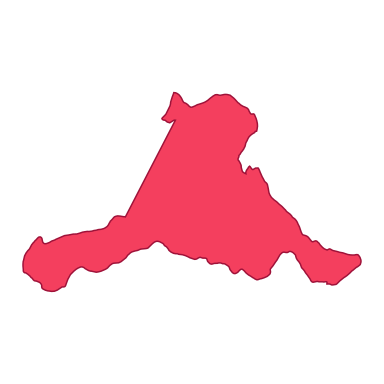 the district of Melgaço, Pará, Brazil
{"feature_id": "56859067B49216481916383", "entity_name": "Melgaço", "entity_type": "district", "adm_level": 2, "iso_a3": "BRA", "parent_name": "Brazil", "parent_adm1": "Pará", "projection": "natural_earth1", "projection_center": [-51.032, -1.536], "detail": "fine", "context": "isolated", "style": "filled", "palette": "rose", "viewbox_px": 384, "rotation_deg": 0, "n_neighbors": 0, "source": "geoboundaries", "source_scale": "gbopen_adm2", "svg_char_len": 6013}
<svg xmlns="http://www.w3.org/2000/svg" viewBox="0 0 384 384"><path d="M357.9,254.7L356.3,254.6L354.4,255.0L352.0,255.0L350.3,254.9L347.8,254.5L343.0,252.9L341.5,252.6L339.7,252.3L337.1,251.5L332.8,250.5L330.3,249.1L329.6,248.9L328.4,249.3L327.5,249.9L326.8,249.9L324.4,248.9L322.5,247.4L319.9,244.6L319.2,243.4L318.4,242.6L317.7,242.1L317.3,241.5L316.1,240.9L315.2,240.9L313.0,241.7L312.2,241.7L311.3,241.1L310.9,240.4L310.2,239.7L309.8,239.1L308.6,237.6L307.6,236.6L305.9,235.7L303.0,234.9L302.5,234.5L301.8,233.5L301.6,232.9L301.2,232.1L299.4,226.8L297.9,223.8L297.3,222.3L296.2,220.5L294.8,218.9L292.8,217.5L292.2,216.9L291.5,215.7L290.0,214.1L286.8,211.7L286.3,211.2L285.4,209.9L284.9,209.5L282.1,206.6L280.6,205.3L279.5,204.5L276.7,201.8L274.1,199.9L271.4,197.4L269.8,194.8L269.1,193.1L268.9,192.4L268.3,188.8L267.4,184.6L266.9,183.6L266.5,183.1L264.9,181.7L264.5,181.2L263.5,179.2L262.1,176.7L260.1,172.1L259.3,170.0L258.8,169.2L258.5,168.4L258.1,168.0L255.5,168.1L254.8,168.5L252.9,169.6L252.0,169.2L251.5,168.5L250.9,167.8L250.2,166.7L249.6,166.2L248.6,167.1L248.1,167.9L247.9,168.6L247.4,169.0L246.4,170.5L245.9,172.0L245.7,172.8L245.9,173.7L244.8,173.3L244.0,172.8L242.6,171.8L242.3,171.2L241.9,169.8L241.3,167.6L241.1,165.4L240.8,164.5L240.1,163.0L239.3,161.6L238.9,160.8L238.4,160.4L238.1,159.8L238.0,159.1L238.2,158.2L238.6,157.5L238.9,156.6L238.9,155.5L240.1,154.2L241.1,152.4L242.7,150.5L243.0,149.9L243.5,149.4L243.8,148.7L244.6,147.2L245.1,146.1L245.8,143.0L246.1,142.4L247.0,140.8L248.0,138.5L249.2,136.6L250.9,135.0L251.9,134.2L253.3,133.3L254.6,132.6L255.3,131.4L256.6,131.2L257.0,129.6L257.5,126.3L257.4,123.8L256.8,120.8L256.1,118.5L254.5,114.7L254.1,114.2L253.6,113.9L251.4,114.1L250.8,113.8L250.3,113.3L250.0,112.7L249.2,111.4L248.6,109.8L247.7,108.6L247.1,108.1L245.0,107.1L242.5,106.1L241.9,105.6L240.6,104.9L238.8,103.2L238.2,102.9L237.6,102.3L235.1,99.5L233.7,98.1L230.1,95.2L227.1,94.5L225.6,94.4L224.0,94.5L223.3,94.7L220.2,95.3L219.4,95.2L217.0,94.6L215.2,94.8L212.7,96.3L212.0,96.9L210.5,98.0L207.7,100.4L205.5,101.8L203.8,102.6L202.2,103.2L198.5,104.4L197.3,104.7L195.3,105.8L192.9,106.8L191.8,107.2L190.6,107.2L188.8,105.9L188.1,105.0L186.6,103.8L185.6,103.2L184.0,102.6L183.2,101.7L182.6,100.6L181.6,98.4L180.4,96.5L179.1,94.9L177.8,93.9L176.8,93.3L175.6,92.8L173.8,92.6L173.5,93.7L172.3,96.8L170.8,101.6L170.6,102.5L170.6,103.3L170.1,105.6L169.6,106.7L165.9,114.2L164.5,115.7L162.8,117.4L162.3,117.9L161.9,118.8L162.8,119.7L163.3,120.0L165.2,120.3L165.7,120.7L166.3,121.3L167.2,122.0L169.8,122.8L173.6,120.4L174.6,120.1L175.4,120.2L125.4,216.9L124.5,216.7L123.7,216.7L120.1,216.1L117.7,215.9L116.1,216.2L114.7,216.7L113.8,217.4L112.6,218.9L111.1,220.5L110.4,221.1L109.8,222.3L109.4,222.9L108.2,225.2L107.4,226.2L106.9,226.7L105.1,227.9L103.7,228.6L101.2,229.3L98.2,229.6L97.0,230.0L95.7,230.3L94.0,230.5L92.1,231.1L88.9,231.5L87.3,231.4L84.6,231.8L82.4,232.2L79.9,233.1L76.7,234.0L73.2,234.1L68.7,235.0L64.5,235.6L55.7,239.4L54.8,240.0L51.6,241.1L49.4,242.5L46.7,243.5L45.7,243.7L44.7,243.7L43.7,243.3L42.9,242.4L42.6,241.7L41.9,238.4L41.3,237.5L40.2,236.9L39.3,237.0L38.6,237.2L37.6,238.1L35.8,240.1L35.2,240.5L33.9,242.2L33.1,242.9L32.4,243.9L31.7,244.7L30.5,247.0L29.5,248.9L28.8,249.7L27.8,250.7L26.1,253.0L24.6,255.9L23.6,260.2L23.2,261.5L23.0,264.0L23.0,266.0L23.3,269.5L23.3,271.1L23.9,272.2L24.5,272.7L25.8,272.9L27.9,274.3L30.0,276.1L30.9,277.3L32.3,278.4L33.2,279.7L34.3,280.7L35.4,281.0L36.2,281.0L39.6,282.4L40.1,282.8L41.3,284.3L41.7,285.4L41.7,287.0L42.1,288.2L43.0,289.0L45.4,290.2L47.9,290.9L49.1,291.0L51.5,291.4L54.5,291.2L57.3,290.1L62.0,287.0L62.7,286.9L63.7,286.9L64.6,286.7L65.3,286.1L65.6,285.5L67.2,281.0L67.8,279.4L70.4,274.6L74.0,271.0L76.2,269.2L78.2,268.0L80.5,267.0L81.6,266.9L82.2,266.9L84.0,267.6L85.1,268.6L88.5,270.5L90.4,271.1L91.1,271.1L95.3,272.0L96.2,272.2L97.0,272.1L98.7,271.8L101.0,271.2L105.4,269.3L106.6,268.6L107.6,267.9L108.8,266.5L110.1,265.2L112.4,263.6L113.8,263.2L118.7,262.8L121.0,261.7L125.9,257.8L127.8,255.1L128.6,254.5L130.3,252.9L131.7,252.0L134.8,251.0L137.7,250.4L140.4,249.2L141.6,249.0L145.6,248.6L146.9,248.4L148.0,248.0L152.5,243.6L154.4,242.1L156.1,241.4L156.9,241.3L157.9,241.3L159.8,241.8L162.8,243.4L163.5,244.0L164.5,245.6L166.5,246.8L168.1,248.8L169.0,250.4L170.9,252.0L173.5,253.3L175.6,253.7L177.3,253.7L178.7,254.3L182.4,254.7L185.6,255.7L188.5,257.0L189.7,257.7L194.5,259.3L195.1,259.3L196.2,259.1L196.8,258.9L198.6,257.8L199.3,257.5L200.2,257.3L202.8,258.1L205.0,258.1L205.6,258.2L206.2,258.4L206.7,258.8L207.0,259.5L207.6,261.3L208.3,262.1L209.6,263.4L210.2,263.8L211.3,264.1L212.3,264.0L214.3,263.4L217.3,263.3L218.8,262.9L220.0,262.9L220.8,263.0L222.7,263.7L224.1,263.7L224.8,263.9L227.6,265.6L228.7,266.5L229.2,267.2L229.9,269.3L230.3,270.0L232.4,272.6L233.6,273.4L234.4,273.6L235.2,273.6L236.8,272.9L238.0,272.1L238.6,271.3L240.4,269.6L241.1,269.2L241.8,269.2L242.4,269.3L244.1,270.7L246.1,273.0L248.6,275.0L250.6,276.1L252.9,277.7L253.5,277.9L254.7,278.8L256.6,279.7L257.9,279.7L260.0,278.9L261.6,278.6L264.0,277.8L267.2,276.4L269.7,274.3L270.1,273.6L270.5,272.2L270.5,271.5L270.2,269.7L270.5,268.8L272.9,265.9L275.5,262.0L277.0,260.0L278.6,257.1L280.1,254.6L281.9,252.9L282.7,252.4L283.9,252.1L285.9,252.5L287.3,252.5L287.9,252.3L289.2,251.5L289.8,251.4L290.8,251.5L291.4,251.7L292.7,252.4L293.3,252.8L295.1,254.6L295.5,255.1L295.9,256.8L296.4,258.3L297.3,259.9L299.2,262.2L300.4,264.2L300.9,265.7L301.6,267.7L303.2,269.4L304.3,270.7L305.6,272.9L307.7,275.5L308.1,276.2L309.9,278.7L311.0,280.9L311.9,281.8L312.5,282.1L313.3,282.2L317.2,281.4L319.1,281.8L322.5,281.8L323.9,282.0L325.6,281.7L326.7,281.8L327.0,282.4L326.9,283.4L327.0,284.1L327.8,283.9L328.6,284.0L329.2,284.0L330.0,284.1L331.6,284.9L332.9,284.9L336.0,284.4L336.9,283.8L339.8,280.9L343.9,277.6L345.2,276.8L346.9,275.6L350.0,272.9L351.9,270.9L352.6,270.5L356.4,267.3L357.5,266.8L359.8,265.0L360.3,264.4L360.9,262.3L361.0,261.3L360.9,260.0L360.0,257.4L359.1,256.0L357.9,254.7Z" fill="#f43f5e" stroke="#9f1239" stroke-width="1.5"/></svg>